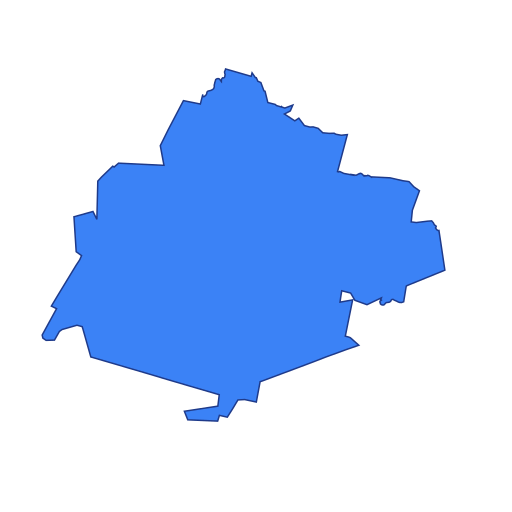 Cananea, Sonora, Mexico, rotated 15°
{"feature_id": "50627088B87713420511875", "entity_name": "Cananea", "entity_type": "district", "adm_level": 2, "iso_a3": "MEX", "parent_name": "Mexico", "parent_adm1": "Sonora", "projection": "robinson", "projection_center": [-110.19, 30.986], "detail": "fine", "context": "isolated", "style": "filled", "palette": "blue", "viewbox_px": 512, "rotation_deg": 15, "n_neighbors": 0, "source": "geoboundaries", "source_scale": "gbopen_adm2", "svg_char_len": 3524}
<svg xmlns="http://www.w3.org/2000/svg" viewBox="0 0 512 512"><g transform="rotate(15 256 256)"><path d="M178.2,83.2L178.2,85.0L178.0,85.4L177.9,85.8L178.0,86.2L178.1,86.8L178.4,87.3L178.7,88.0L179.2,88.6L179.2,88.9L179.2,89.3L179.3,89.9L179.4,90.6L179.4,91.3L179.1,91.9L178.8,92.2L178.3,92.5L177.7,92.5L177.4,93.0L177.3,93.3L177.1,93.7L177.0,94.1L177.0,94.5L177.0,94.9L177.2,95.6L177.3,96.1L177.4,96.5L177.1,96.3L177.0,96.2L176.6,95.8L176.3,95.5L175.9,95.2L175.4,95.0L174.9,94.5L174.1,94.4L173.6,94.4L172.8,94.7L172.3,95.0L171.9,95.4L171.6,95.8L171.4,96.0L171.4,96.6L171.4,97.1L171.4,97.8L171.3,99.0L171.4,100.2L171.4,101.0L171.4,101.5L171.5,102.2L171.7,102.6L171.9,103.4L171.9,104.0L171.8,105.0L171.7,105.4L171.3,106.0L171.0,106.4L170.6,106.8L170.2,107.1L169.9,107.5L169.2,107.9L168.3,108.4L167.2,109.0L166.7,109.4L166.4,109.8L166.3,110.6L166.2,111.4L166.4,112.0L166.3,112.6L166.2,113.0L166.0,113.4L165.8,113.9L165.4,114.2L165.3,114.6L165.1,115.0L164.7,115.4L164.2,115.7L163.4,115.5L163.1,114.9L163.0,114.4L162.8,114.4L162.9,123.6L145.7,124.7L138.5,156.8L135.0,174.2L143.6,192.2L142.4,192.5L99.2,201.9L95.9,206.8L94.4,206.3L86.3,219.8L83.8,224.6L87.1,238.2L92.8,261.8L87.0,255.2L70.0,265.2L81.2,298.4L87.4,300.8L86.7,305.3L84.6,311.6L74.4,346.5L71.3,357.4L77.0,358.5L69.9,387.7L71.4,390.5L75.1,391.8L83.1,389.4L85.6,379.8L87.7,377.2L101.0,369.2L106.4,369.2L106.6,369.6L107.7,371.3L121.7,394.8L122.6,396.3L123.3,396.3L146.8,396.8L163.0,397.2L184.2,397.7L195.3,398.0L196.9,398.1L197.3,398.1L225.5,398.8L256.4,399.5L257.8,409.5L258.0,410.9L227.0,424.5L232.5,431.9L261.7,425.4L261.9,419.4L270.0,419.1L273.0,409.5L275.8,399.7L282.2,397.6L294.1,397.0L292.5,376.3L294.1,375.3L332.1,348.2L338.8,343.4L349.3,335.7L367.3,323.1L378.4,315.6L369.9,311.3L368.2,310.5L367.3,310.4L366.4,310.3L363.0,310.3L360.7,273.4L349.1,278.8L348.5,274.0L347.8,267.4L357.0,267.3L363.0,273.2L375.8,274.3L388.0,263.9L388.0,264.3L387.8,264.6L387.6,265.0L387.4,265.3L387.5,265.7L388.1,265.8L388.6,266.2L388.4,266.5L387.9,267.0L387.7,267.1L387.5,267.4L387.5,267.6L387.5,268.0L387.6,268.5L387.9,268.7L388.1,269.0L388.3,269.3L388.3,269.6L388.6,270.1L389.1,270.3L389.7,270.6L390.6,270.6L391.4,270.5L392.0,270.2L392.4,269.9L392.6,269.6L392.7,269.3L392.8,269.1L393.0,268.7L393.3,268.2L393.6,267.7L393.9,267.3L394.2,267.1L394.6,267.0L395.1,266.8L395.7,266.6L396.3,266.3L397.0,265.9L397.4,265.4L397.7,264.9L397.9,264.6L397.9,264.1L398.2,263.2L398.6,262.8L399.3,262.5L399.8,262.4L400.7,262.8L402.0,263.0L403.5,263.2L405.2,263.6L406.6,263.7L408.6,263.3L410.5,262.0L409.0,247.2L409.0,246.0L411.1,244.3L442.1,220.8L431.3,195.9L426.1,184.0L425.5,184.3L423.7,183.8L422.1,182.4L422.5,181.1L422.1,180.4L420.2,179.7L418.8,178.1L416.6,176.6L412.6,178.0L402.2,182.2L397.1,182.9L395.2,171.3L397.0,150.7L390.5,148.3L385.9,145.4L384.6,144.6L383.2,144.7L378.3,145.3L365.2,145.8L347.5,149.6L347.4,150.0L344.1,149.1L342.9,149.2L342.8,149.5L341.1,150.3L340.8,150.1L339.9,150.3L339.7,150.8L337.1,149.3L335.7,149.0L334.8,149.7L334.5,149.6L332.4,151.6L331.7,152.1L327.8,152.5L328.3,152.8L319.5,153.5L314.9,152.7L314.1,153.4L312.9,153.4L312.8,115.1L307.1,117.3L301.6,117.7L299.7,117.2L295.0,118.6L288.6,119.7L283.0,116.6L277.8,116.5L274.7,117.5L269.0,117.5L261.7,111.8L258.5,115.4L246.7,111.5L251.6,107.0L252.5,100.7L245.6,105.6L242.8,105.5L242.0,105.0L241.8,105.5L236.9,105.4L235.3,104.6L227.7,104.7L222.1,94.5L220.9,94.4L215.8,87.2L212.5,86.7L211.2,85.0L210.1,83.7L209.3,83.9L204.8,80.1L204.8,83.7L183.6,83.3L178.2,83.2Z" fill="#3b82f6" stroke="#1e3a8a" stroke-width="1.5"/></g></svg>